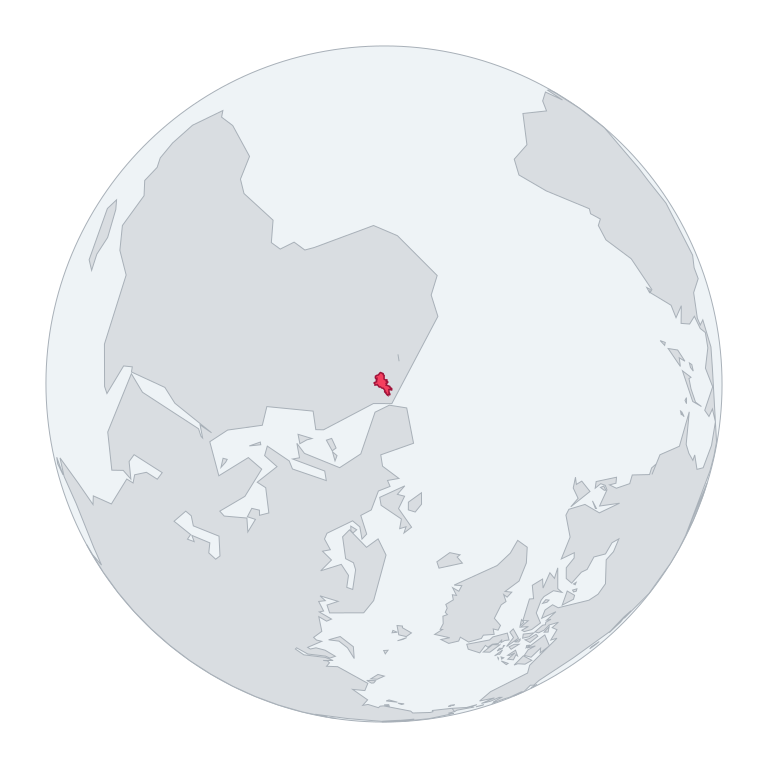 Meknès - Tafilalet on an orthographic globe, rotated 170°
{"feature_id": "MAR-1452", "entity_name": "Meknès - Tafilalet", "entity_type": "Region", "adm_level": 1, "iso_a3": "MAR", "parent_name": "Morocco", "parent_adm1": "", "projection": "orthographic", "projection_center": [-5.04, 32.255], "detail": "medium", "context": "on_globe", "style": "filled", "palette": "rose", "viewbox_px": 768, "rotation_deg": 170, "n_neighbors": 0, "source": "natural_earth", "source_scale": "10m", "svg_char_len": 11403}
<svg xmlns="http://www.w3.org/2000/svg" viewBox="0 0 768 768"><g transform="rotate(170 384 384)"><circle cx="384" cy="384" r="338" fill="#eef3f6" stroke="#a8b0b8"/><path d="M103.2,196.0L103.6,195.5L121.8,170.9L133.1,157.6L159.4,131.7L188.2,111.5L180.0,117.9L187.9,113.1L198.6,105.3L203.8,101.4L245.4,81.3L282.9,65.1L288.8,61.4L292.2,61.9L299.4,56.9L306.1,55.2L310.3,54.2L300.8,56.9L302.1,57.0L315.1,53.6L319.3,53.2L327.9,51.7L331.7,51.8L322.6,55.0L324.9,55.4L334.0,53.1L343.5,52.5L329.7,55.7L344.9,55.2L332.5,62.5L292.8,74.4L289.4,81.7L257.8,103.6L264.2,102.9L256.3,112.0L260.7,114.9L253.6,119.1L263.3,118.0L269.0,113.8L275.1,112.1L278.3,113.7L269.7,118.9L266.9,118.9L266.0,121.3L260.4,123.3L264.9,123.2L254.2,129.9L269.4,125.9L264.6,133.5L256.3,137.3L251.3,133.4L219.7,135.5L209.7,139.8L200.6,148.8L195.7,172.3L187.1,179.0L179.6,190.7L187.0,188.1L195.4,178.2L207.3,177.2L216.2,166.1L222.3,164.4L233.8,155.3L238.3,160.8L236.4,171.4L227.0,179.6L225.9,184.8L239.8,180.9L227.3,200.9L227.6,223.3L223.7,228.5L207.0,230.5L194.3,219.7L172.7,225.7L192.9,226.4L182.8,241.0L183.7,245.8L187.9,248.2L194.1,244.7L192.0,251.1L171.2,251.8L172.8,246.0L179.4,245.5L173.3,241.0L159.3,243.2L155.3,251.3L138.2,248.7L135.1,254.8L129.7,258.1L135.8,248.4L124.5,266.4L103.9,271.4L88.2,303.6L96.9,272.1L95.8,262.8L93.1,255.2L90.3,260.2L90.6,245.6L84.2,246.1L72.1,266.7L64.2,289.2L64.9,302.4L69.6,295.6L72.7,302.4L60.8,324.2L64.7,343.8L58.8,363.4L58.6,378.9L62.9,383.7L66.6,396.8L72.6,390.0L80.9,392.1L77.6,409.5L84.9,398.6L87.6,411.7L106.0,427.8L103.8,430.5L118.8,464.4L140.4,487.4L145.4,502.9L142.3,508.9L151.0,515.8L151.3,520.9L190.7,546.0L214.8,566.4L216.7,582.8L201.7,594.8L200.2,626.3L176.5,624.7L178.6,635.2L174.3,643.5L158.9,632.7L171.8,644.9L170.2,645.1L162.5,639.1L166.6,642.7L143.5,621.4L122.5,598.1L95.5,552.0L88.4,538.1L74.9,513.2L57.7,457.3L58.4,444.7L56.3,433.2L63.2,420.2L64.0,394.4L62.3,387.2L58.9,391.8L55.6,363.7L58.0,341.3L66.6,269.1L71.6,255.8L78.1,241.7L113.7,181.7L83.1,230.3L89.5,218.3L103.2,196.0ZM83.0,313.2L87.8,345.2L80.5,337.3L82.7,336.4L82.5,325.9L80.4,312.1L75.3,306.7L83.0,313.2ZM95.3,303.9L94.1,299.7L96.0,302.5L95.3,303.9ZM205.4,100.0L198.4,105.3L187.2,113.0L192.5,108.4L205.4,100.0ZM227.4,87.5L225.2,89.3L216.7,93.0L220.5,90.8L227.4,87.5ZM292.1,59.4L285.6,61.6L290.5,59.7L292.1,59.4ZM328.5,51.5L329.0,51.2L333.3,50.6L328.5,51.5ZM230.6,153.1L232.1,154.2L229.2,155.3L230.6,153.1ZM234.1,148.3L229.6,148.8L230.6,146.6L233.4,146.3L234.1,148.3ZM342.9,50.5L349.6,50.1L341.3,50.9L342.9,50.5ZM239.5,148.3L233.0,142.8L234.8,139.1L246.9,135.3L239.5,148.3ZM352.5,50.2L368.9,50.1L371.4,49.1L373.3,52.8L358.8,51.1L348.1,52.1L353.6,50.9L352.5,50.2ZM269.4,111.8L263.5,116.3L265.5,111.2L269.4,111.8ZM269.2,109.0L266.6,97.4L276.9,92.1L275.6,96.7L286.6,89.4L292.9,92.4L288.3,97.2L280.4,99.8L288.8,99.1L269.2,109.0ZM371.8,55.3L374.4,56.1L369.9,55.9L371.8,55.3ZM277.7,111.1L276.3,108.9L285.1,104.1L289.6,107.6L285.3,108.0L277.7,111.1ZM286.4,86.2L293.8,83.6L300.9,85.3L304.7,84.6L294.0,92.1L286.4,86.2ZM284.9,109.9L291.6,109.6L290.3,113.5L279.7,112.9L284.9,109.9ZM285.5,101.5L289.9,99.5L288.9,101.7L285.5,101.5ZM289.5,128.1L287.6,125.0L292.0,122.1L289.5,128.1ZM294.2,109.2L294.6,107.9L296.2,106.6L300.2,107.3L294.2,109.2ZM299.7,93.0L301.1,94.4L304.5,89.9L309.9,91.5L301.8,96.4L307.6,94.9L309.3,95.4L300.7,99.0L299.7,93.0ZM308.9,104.2L300.5,111.8L303.1,117.8L299.2,120.4L295.7,110.3L308.9,104.2ZM304.9,100.7L306.5,103.4L300.9,105.0L296.3,104.2L304.9,100.7ZM316.6,90.9L310.3,87.3L312.3,86.4L316.6,90.9ZM310.8,105.5L312.8,103.7L311.7,105.7L310.8,105.5ZM316.1,94.9L313.6,93.6L315.9,92.6L316.1,94.9ZM318.9,101.4L316.2,103.7L312.9,103.1L318.9,101.4ZM318.5,98.1L322.3,97.1L313.4,101.5L317.0,97.7L318.5,98.1ZM318.7,94.2L319.2,93.2L319.4,94.9L318.7,94.2ZM332.7,102.8L322.3,108.5L315.2,107.0L326.3,101.5L332.7,102.8ZM444.9,51.6L444.4,51.5L412.4,48.7L426.6,49.4L427.1,50.1L434.6,51.1L444.3,52.2L443.0,51.7L478.1,60.9L509.0,70.7L497.6,65.9L498.2,66.0L521.3,75.2L543.7,86.2L565.1,98.7L585.6,112.8L605.0,128.4L623.2,145.3L640.1,163.6L655.6,183.0L669.7,203.5L682.2,225.0L693.1,247.4L702.3,270.5L704.6,277.3L700.7,266.8L693.6,254.7L698.2,273.4L707.9,319.7L715.1,348.4L715.9,367.5L702.4,339.6L691.5,315.8L689.7,324.3L673.3,313.2L653.8,335.1L648.3,330.1L645.3,337.9L633.3,338.3L623.8,329.6L617.8,335.2L642.4,357.8L648.5,351.9L649.8,334.3L655.8,344.2L667.0,346.4L664.4,384.7L631.0,438.0L623.3,417.8L574.4,372.1L573.3,364.3L572.9,363.6L572.0,362.3L572.2,375.6L562.3,365.9L593.3,401.4L600.4,418.7L630.6,439.7L628.9,444.6L637.3,447.0L658.5,422.7L659.6,430.1L652.4,471.8L619.0,536.1L620.9,561.5L614.1,585.5L587.6,611.1L584.3,626.0L569.8,636.7L565.1,645.5L550.3,658.1L527.6,672.1L495.2,681.3L497.6,675.0L488.1,664.8L476.9,631.5L489.8,610.7L488.8,595.9L464.8,564.6L470.4,542.8L462.8,534.9L447.9,539.3L438.7,529.7L429.2,530.5L366.8,541.9L345.0,527.7L312.8,481.6L322.1,463.4L319.2,441.2L379.7,363.3L397.8,366.6L451.5,349.4L459.1,350.9L458.5,369.6L503.3,382.1L511.0,364.5L546.0,365.8L565.6,357.4L562.6,322.3L530.4,335.1L519.2,321.4L540.5,297.5L567.8,287.3L564.3,281.7L542.3,275.8L543.8,261.9L534.1,273.0L541.6,277.0L535.8,284.5L528.6,281.4L529.4,276.3L519.8,277.0L518.5,302.4L525.9,309.3L503.7,321.2L514.0,334.2L509.7,343.1L490.7,324.7L488.9,316.2L457.6,298.9L457.5,308.6L487.0,326.0L480.0,326.0L480.1,340.7L474.4,329.5L442.2,309.3L419.0,319.2L397.7,357.8L382.4,362.2L365.8,356.5L365.2,320.5L399.5,314.8L399.7,303.3L385.7,288.4L397.3,288.4L395.8,282.1L408.1,279.6L418.4,262.2L429.7,258.6L427.1,239.2L432.6,235.1L432.6,247.5L438.7,254.7L466.1,246.9L469.5,241.7L465.6,230.1L473.6,230.0L466.3,219.8L478.8,211.0L457.4,213.8L452.2,201.7L456.0,190.2L450.5,187.1L444.2,206.0L445.1,213.3L452.1,218.6L451.3,240.7L443.3,246.4L429.6,226.2L416.7,232.5L411.7,215.2L431.8,172.5L443.7,162.2L477.3,168.0L478.5,176.2L466.9,177.9L483.8,186.5L479.4,180.8L486.1,181.2L482.9,170.9L487.4,170.8L476.5,161.6L481.7,160.4L488.6,166.2L488.2,151.2L497.3,146.7L495.0,143.6L490.0,141.4L504.9,137.9L502.6,135.8L496.8,136.0L488.3,132.1L479.2,124.3L484.9,123.5L488.9,126.2L505.9,131.3L515.9,139.4L517.3,138.4L510.0,131.2L489.2,124.9L482.1,120.5L491.9,122.3L487.8,121.2L486.1,118.9L489.6,116.0L478.8,113.7L451.9,92.0L456.1,85.4L467.9,88.7L455.0,75.8L460.8,71.2L455.4,71.2L445.7,66.2L443.7,67.4L440.4,67.1L414.5,57.2L412.8,55.0L395.5,52.5L392.7,52.8L393.0,54.1L373.3,52.8L371.4,49.1L377.8,48.6L372.3,47.4L387.6,46.9L397.7,46.6L417.6,48.1L423.8,48.5L420.9,48.1L421.9,48.2L444.9,51.6ZM365.2,403.8L365.1,410.7L365.1,410.8L365.2,403.8ZM601.3,293.2L614.6,285.3L600.6,269.3L604.5,265.3L598.3,261.7L599.5,268.3L583.1,257.8L585.9,248.1L580.2,240.7L575.4,243.1L572.9,262.8L596.4,277.4L596.7,287.7L601.3,293.2ZM106.7,428.1L108.5,433.4L105.3,430.9L106.7,428.1ZM77.2,343.0L79.3,347.1L79.6,351.7L77.5,349.7L77.2,343.0ZM100.9,373.3L104.5,378.8L99.8,376.1L100.9,373.3ZM89.1,349.8L98.0,369.6L88.9,366.5L83.7,354.2L88.7,358.5L89.1,349.8ZM89.5,312.1L90.4,315.6L88.5,318.1L89.5,312.1ZM96.7,306.0L96.0,305.4L96.6,301.7L96.7,306.0ZM184.0,240.9L185.6,241.1L188.8,244.6L185.2,245.3L184.0,240.9ZM215.7,248.7L211.6,259.0L212.0,251.7L206.1,254.0L199.8,242.4L221.4,230.6L212.7,237.7L215.7,248.7ZM197.4,224.7L199.0,232.7L196.4,224.5L197.4,224.7ZM375.5,252.5L381.9,255.8L380.5,263.4L366.0,270.4L367.9,259.1L375.5,252.5ZM391.3,258.8L381.7,238.2L390.2,233.8L387.1,239.6L393.7,238.8L390.3,248.0L407.9,265.0L407.9,273.1L381.2,280.1L390.0,273.0L383.2,269.9L391.3,258.8ZM342.0,200.9L337.9,194.0L361.8,193.1L362.8,199.7L348.5,206.5L338.8,202.6L342.0,200.9ZM262.1,143.5L259.0,142.5L261.3,140.8L265.9,140.4L262.1,143.5ZM288.3,126.9L278.1,147.0L274.0,146.6L272.9,160.0L261.7,164.4L262.8,155.4L253.4,169.3L249.9,163.0L244.8,172.8L248.4,152.3L244.9,147.9L253.0,151.0L263.3,146.9L266.8,143.8L273.8,132.1L271.4,121.5L281.3,116.5L288.9,115.8L291.0,117.6L283.9,120.1L291.8,120.8L283.1,125.8L288.3,126.9ZM372.3,122.5L363.3,122.7L377.6,128.6L369.1,132.1L371.3,132.6L367.3,137.7L366.3,145.1L361.6,145.9L363.3,148.5L360.7,152.3L361.4,156.2L353.2,159.4L353.3,164.6L349.3,163.2L351.8,171.5L346.3,166.9L342.4,171.9L349.8,173.8L304.0,185.6L289.0,195.5L279.5,206.8L271.3,198.4L274.9,183.0L285.2,166.5L300.8,158.7L294.3,156.8L299.8,152.7L302.7,155.9L301.6,148.6L306.9,146.2L316.0,134.1L311.2,126.0L314.4,121.8L319.0,123.8L319.0,118.3L329.8,119.4L332.3,116.5L345.5,115.2L352.8,121.4L355.1,117.9L365.3,117.3L372.3,122.5ZM336.4,102.6L347.1,108.2L347.7,113.3L324.5,113.6L320.7,116.0L305.8,117.3L305.3,110.2L309.6,110.4L313.7,109.0L312.2,111.8L316.4,108.6L322.5,108.9L327.4,106.7L329.5,109.0L336.4,102.6ZM464.4,342.8L469.7,342.4L477.2,339.8L477.4,349.4L464.4,342.8ZM442.3,329.3L446.6,327.2L450.5,338.7L445.0,339.5L442.3,329.3ZM445.6,316.8L446.5,326.2L442.7,321.6L445.6,316.8ZM436.2,245.2L440.4,242.7L442.1,245.2L441.4,249.8L436.2,245.2ZM413.1,143.9L407.8,142.4L408.2,140.8L400.2,134.1L405.9,131.4L413.0,134.4L413.1,143.9ZM559.0,330.2L555.4,338.8L551.5,337.0L553.6,334.4L559.0,330.2ZM515.9,345.6L527.4,346.4L515.9,348.3L515.9,345.6ZM418.0,139.8L414.0,137.2L419.3,137.6L418.0,139.8ZM409.7,129.2L415.3,128.8L405.7,130.3L409.7,129.2ZM652.8,557.6L625.9,604.9L615.4,611.8L617.8,602.5L630.7,576.3L644.3,561.7L652.2,546.7L652.8,557.6ZM715.8,350.1L719.2,362.1L719.0,368.7L715.8,350.1ZM461.0,118.8L465.8,130.6L473.0,138.6L483.0,141.7L471.0,142.9L459.8,130.6L461.0,118.8ZM452.5,95.1L443.7,93.3L446.0,91.4L448.3,91.6L452.5,95.1ZM448.3,95.9L440.4,99.0L434.5,96.3L441.9,94.4L448.3,95.9ZM429.6,118.0L430.6,121.6L426.3,121.1L429.6,118.0ZM495.7,65.1L494.8,64.8L489.2,62.9L490.5,63.3L495.7,65.1ZM376.8,55.3L374.6,56.0L374.3,55.1L376.8,55.3ZM439.6,68.0L435.0,67.4L434.8,65.9L439.6,68.0ZM422.3,65.3L425.7,67.3L419.7,65.5L422.3,65.3ZM433.9,72.0L426.0,68.3L436.9,71.5L433.9,72.0Z" fill="#d9dde1" stroke="#a8b0b8" stroke-width="1"/><path d="M393.4,387.0L391.7,387.4L391.3,387.4L390.9,387.5L390.9,389.1L390.5,389.1L390.2,389.4L390.2,390.1L390.1,390.5L390.5,390.3L390.8,390.6L391.1,390.8L391.2,391.2L391.5,391.6L391.2,392.1L391.0,392.3L391.1,393.1L390.1,393.6L389.3,393.8L388.5,393.8L387.9,394.0L387.4,394.3L386.8,395.0L386.1,395.6L385.4,395.9L383.1,394.4L383.0,394.0L383.1,393.7L383.2,393.4L382.8,393.0L382.7,392.7L382.4,392.4L382.4,392.2L382.4,391.9L382.5,391.8L382.7,391.4L382.7,390.7L383.0,389.6L383.1,389.0L382.9,388.6L382.2,388.1L381.9,387.8L381.4,387.6L381.0,387.7L380.5,387.6L380.6,387.2L381.1,386.7L381.3,386.2L381.3,385.9L380.9,385.7L380.2,385.9L380.1,385.6L379.9,385.4L379.9,385.1L380.1,384.9L381.0,384.2L381.4,384.1L381.8,384.1L381.6,383.2L381.7,382.9L382.0,382.5L381.6,382.4L381.0,381.9L380.4,381.7L379.7,381.1L379.0,380.8L379.1,380.4L379.0,380.2L378.6,380.1L378.6,379.5L378.3,379.1L377.3,378.4L377.2,378.2L377.3,378.0L377.3,377.6L377.3,377.3L377.5,376.8L378.2,377.0L378.2,377.3L378.3,377.4L379.1,377.7L379.5,377.6L380.1,377.7L380.3,377.5L380.2,377.2L380.3,375.9L380.6,375.4L380.6,374.9L380.3,374.4L380.5,374.0L380.4,373.8L380.2,373.5L380.1,373.2L379.9,373.0L380.3,372.4L380.6,372.6L380.8,372.9L381.4,372.9L381.9,372.7L382.0,372.7L382.1,372.1L382.5,372.5L382.6,373.1L383.0,373.1L383.8,374.7L383.5,375.2L383.5,375.4L383.6,375.5L384.3,375.7L384.5,375.8L384.7,376.1L384.7,376.4L384.3,376.9L384.2,377.1L384.9,378.9L385.3,379.5L385.4,379.9L385.6,380.0L386.7,380.3L387.2,380.8L387.8,381.6L388.0,381.8L389.2,381.8L389.9,383.1L390.2,383.8L390.4,383.9L390.5,384.2L390.7,384.3L390.8,384.6L391.5,384.4L392.4,384.5L392.8,384.5L393.0,384.5L392.9,384.8L393.0,385.7L393.3,386.2L393.5,386.4L393.4,387.0Z" fill="#f43f5e" stroke="#9f1239" stroke-width="1.5"/></g></svg>